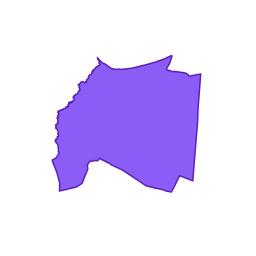 Kajiado Central, Rift Valley, Kenya, rotated 245°
{"feature_id": "3690345B79073906522262", "entity_name": "Kajiado Central", "entity_type": "district", "adm_level": 2, "iso_a3": "KEN", "parent_name": "Kenya", "parent_adm1": "Rift Valley", "projection": "albers", "projection_center": [36.936, -2.176], "detail": "fine", "context": "isolated", "style": "filled", "palette": "violet", "viewbox_px": 256, "rotation_deg": 245, "n_neighbors": 0, "source": "geoboundaries", "source_scale": "gbopen_adm2", "svg_char_len": 5558}
<svg xmlns="http://www.w3.org/2000/svg" viewBox="0 0 256 256"><g transform="rotate(245 128 128)"><path d="M130.9,45.8L129.9,45.6L127.8,45.3L120.1,44.9L117.0,44.6L108.6,43.1L106.9,42.7L106.4,42.6L106.2,42.5L105.8,42.3L105.1,41.8L103.2,41.0L99.9,39.3L98.9,43.8L96.3,56.6L97.3,63.0L105.9,72.2L107.9,74.3L111.5,75.4L112.7,77.1L112.9,77.3L113.4,78.6L113.5,79.0L113.9,79.6L112.9,82.1L112.8,83.0L112.5,84.4L112.0,84.9L112.0,85.3L112.0,85.5L111.2,86.2L111.3,87.0L112.3,89.9L111.1,90.4L110.3,91.0L110.1,91.0L109.8,91.3L109.5,91.7L109.4,91.9L109.0,91.9L108.9,92.3L105.8,94.4L105.1,94.7L104.8,95.3L104.7,95.8L104.2,96.2L102.5,96.8L101.9,97.2L101.3,97.6L92.1,105.3L67.5,120.3L66.3,122.2L66.0,122.4L65.5,122.9L64.6,123.9L64.4,124.8L64.1,125.1L63.4,125.7L62.6,126.4L62.1,126.8L61.7,127.4L61.6,127.9L60.4,129.5L59.8,130.4L59.2,131.1L58.3,132.4L56.6,134.3L55.6,135.1L54.0,136.8L53.8,137.2L53.4,137.9L53.2,138.3L52.5,139.0L51.7,140.1L53.6,143.0L62.9,154.6L52.8,164.4L100.2,191.4L105.5,194.4L115.3,199.3L146.2,216.7L148.8,206.7L148.9,205.8L149.1,205.4L149.5,205.1L151.0,205.0L151.7,204.6L153.0,203.8L153.3,203.5L155.8,200.1L156.1,199.7L157.0,197.7L158.1,196.8L158.3,196.4L158.4,195.5L158.5,195.3L158.8,194.9L159.2,194.7L159.5,194.3L160.6,191.5L161.1,191.1L161.9,190.8L162.3,190.3L162.6,189.7L163.1,188.9L164.2,188.2L164.9,188.0L165.8,188.3L166.5,189.4L168.3,192.1L170.2,194.3L172.6,196.4L174.5,198.2L174.8,198.3L175.1,198.2L175.2,197.7L175.3,195.5L175.3,190.3L176.0,183.0L176.1,180.6L176.9,176.8L177.1,174.4L180.4,157.5L182.9,149.6L183.9,146.9L184.7,145.3L185.1,145.0L185.3,144.6L185.8,143.2L186.4,141.7L186.6,141.0L186.7,140.8L187.4,140.2L188.0,139.4L189.0,138.2L190.1,137.2L190.3,137.1L190.8,137.0L192.6,135.9L194.4,135.1L195.9,134.1L196.7,133.3L197.7,132.4L198.1,132.1L200.5,131.3L202.4,130.5L203.1,130.4L203.5,130.2L203.8,130.2L204.3,130.0L203.4,129.6L203.0,129.6L202.8,129.7L201.9,130.2L201.7,130.3L201.5,130.2L201.0,129.9L200.7,129.9L200.2,130.2L199.9,130.3L199.7,130.2L199.4,129.9L199.0,129.3L198.9,129.1L198.6,129.1L197.9,129.4L197.6,129.4L197.1,128.7L196.9,128.4L196.9,128.2L197.0,127.5L197.0,127.2L196.7,126.5L196.7,126.2L196.8,125.4L196.8,124.9L196.2,124.3L195.9,123.7L195.7,123.1L195.5,122.3L195.4,121.4L195.3,121.2L195.1,121.2L194.9,121.2L194.9,120.8L195.0,120.6L195.1,120.3L194.9,120.2L194.3,120.2L193.9,120.1L193.9,119.9L194.0,119.0L193.9,118.8L193.6,118.7L193.2,118.7L192.8,118.3L192.5,118.0L192.4,117.5L192.4,116.3L192.3,115.7L192.2,115.1L192.0,114.7L191.8,114.5L191.6,114.3L190.9,113.9L190.5,113.4L189.8,113.1L189.5,112.8L189.4,112.4L189.4,111.8L189.3,111.2L189.0,110.6L188.7,110.4L187.9,110.2L187.9,109.8L187.8,109.5L187.6,109.5L187.3,109.8L187.1,109.6L186.9,109.2L187.0,109.0L187.5,108.6L187.2,108.2L187.8,107.6L188.6,107.2L188.9,106.8L189.1,106.1L189.4,105.7L189.4,105.4L189.2,105.1L189.2,104.2L188.6,103.7L188.4,103.4L188.4,103.0L188.5,102.6L188.6,102.1L188.5,101.6L188.4,101.4L188.2,101.2L188.1,101.4L187.9,101.7L187.7,101.7L187.0,101.6L186.4,101.7L186.2,101.7L185.5,100.7L185.4,100.6L184.9,100.7L184.3,100.8L183.7,100.8L182.9,100.6L182.7,100.5L182.6,100.3L182.5,100.1L182.8,99.8L182.8,99.6L182.5,99.4L182.2,99.3L182.1,99.2L181.9,98.5L181.3,97.6L180.7,97.0L180.3,96.5L180.3,96.2L180.5,95.5L180.5,94.7L180.5,94.4L180.4,94.2L179.9,93.9L179.9,93.7L180.1,93.2L180.0,92.9L180.0,92.6L179.9,92.4L179.5,92.4L179.3,91.7L179.0,91.2L178.8,91.2L178.5,91.4L178.3,91.4L177.9,91.4L176.9,91.5L176.7,91.4L176.6,91.0L175.9,89.9L175.8,89.3L175.7,89.1L175.3,88.9L175.0,88.6L174.9,88.5L174.9,88.2L175.0,88.1L175.9,87.6L176.0,87.3L176.0,87.0L176.0,86.8L175.8,86.8L175.1,86.9L174.9,86.7L175.0,86.3L175.3,85.9L175.7,85.6L176.1,85.0L175.9,84.9L175.4,84.8L175.0,84.7L174.5,84.4L174.4,84.2L174.5,83.8L174.5,83.6L174.3,83.5L174.1,83.5L173.7,83.3L173.0,83.3L173.0,83.1L173.2,82.8L173.3,82.5L173.2,82.3L172.8,82.2L172.5,81.9L172.5,81.7L173.1,81.4L173.3,81.1L172.6,80.7L172.4,80.4L172.6,80.3L172.4,79.9L172.6,79.4L172.3,78.7L172.6,77.6L172.4,77.2L172.2,77.3L172.1,77.1L172.2,76.9L172.1,76.7L172.3,76.6L172.6,76.1L172.6,75.9L172.5,75.6L172.7,74.9L172.5,74.4L172.6,74.2L172.5,73.8L172.7,73.6L172.6,73.4L172.3,73.1L172.2,72.8L172.3,72.7L172.6,72.6L172.7,72.3L172.8,71.8L172.3,71.5L172.3,71.3L172.1,71.1L171.9,71.1L171.8,71.4L171.5,71.4L170.5,70.9L170.3,71.2L170.1,71.0L169.6,70.8L169.3,70.3L169.1,70.3L169.0,70.0L168.6,69.5L168.4,69.5L168.1,69.9L168.0,69.7L168.0,69.4L167.7,69.5L167.5,69.4L167.4,69.2L167.5,69.0L167.6,68.8L167.4,68.6L167.0,68.5L167.0,68.2L166.8,68.3L166.6,68.1L166.3,68.4L165.6,67.8L165.4,67.8L164.9,67.6L164.5,67.8L164.4,67.7L164.2,67.6L164.0,67.4L163.8,67.2L163.4,66.9L163.1,66.8L162.9,66.8L162.5,66.8L162.3,66.4L162.2,66.3L161.8,66.4L161.7,66.3L162.0,65.9L161.7,65.2L161.8,65.0L161.7,64.8L161.5,64.7L161.3,64.7L160.9,64.3L160.9,64.0L161.1,63.7L160.6,63.6L160.2,63.4L159.7,63.5L159.4,63.2L159.2,63.2L159.0,62.8L158.4,62.5L158.1,62.6L157.6,62.7L157.4,62.8L157.2,63.0L156.8,63.1L156.5,63.3L155.6,63.3L155.2,63.4L154.5,63.2L154.2,63.0L153.6,62.7L153.1,62.7L152.6,62.4L152.6,62.1L152.4,61.9L152.2,61.9L151.1,62.0L150.6,62.1L150.1,61.6L149.9,61.6L149.7,61.4L150.0,60.9L150.1,60.5L150.0,60.3L149.8,60.1L149.3,59.8L149.1,59.9L149.0,59.7L148.6,59.6L148.4,59.5L148.2,59.5L147.9,59.1L147.9,58.6L147.8,58.2L147.9,57.9L148.1,57.7L148.2,57.4L147.9,57.2L147.7,57.1L147.2,57.0L146.8,56.7L146.5,56.6L146.2,56.7L144.9,56.7L144.6,56.8L144.1,56.9L143.3,57.2L141.7,57.1L140.8,56.9L140.5,56.7L139.2,56.4L138.1,55.9L136.2,55.0L135.9,55.2L135.5,55.2L135.2,55.1L134.4,54.4L134.1,54.4L133.9,54.4L133.8,54.2L131.2,49.8L130.9,45.8Z" fill="#8b5cf6" stroke="#5b21b6" stroke-width="1.5"/></g></svg>